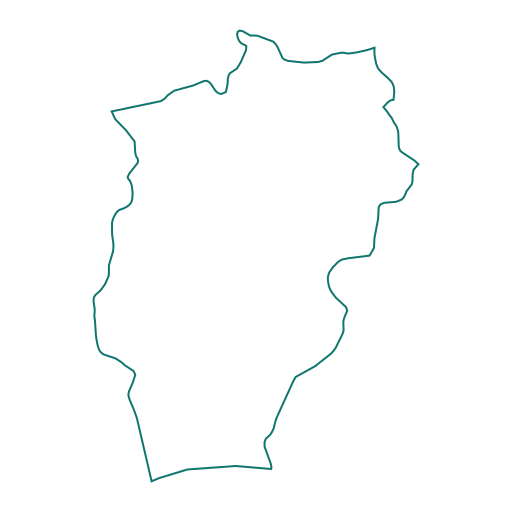 Övörhangay, Albers equal-area conic projection
{"feature_id": "MNG-3327", "entity_name": "Övörhangay", "entity_type": "Province", "adm_level": 1, "iso_a3": "MNG", "parent_name": "Mongolia", "parent_adm1": "", "projection": "albers", "projection_center": [102.848, 45.744], "detail": "fine", "context": "isolated", "style": "outline", "palette": "teal", "viewbox_px": 512, "rotation_deg": 0, "n_neighbors": 0, "source": "natural_earth", "source_scale": "10m", "svg_char_len": 2673}
<svg xmlns="http://www.w3.org/2000/svg" viewBox="0 0 512 512"><path d="M374.5,47.7L374.4,52.2L374.6,55.7L376.1,63.5L377.7,67.6L378.7,69.3L382.2,73.0L387.9,78.0L391.5,81.8L392.5,83.5L393.3,85.4L393.9,87.5L394.2,90.5L394.1,93.9L393.5,99.8L391.0,100.2L389.3,101.1L387.2,103.0L383.4,107.1L387.0,111.5L390.0,115.8L391.7,117.9L393.7,122.1L396.2,125.8L397.2,128.3L398.0,130.8L398.3,133.0L398.7,145.9L399.1,148.1L399.9,150.1L400.9,151.4L402.3,152.5L414.4,160.5L418.4,164.2L413.7,169.6L413.1,171.7L412.6,174.7L412.5,181.1L411.9,184.2L406.4,191.4L405.3,194.4L404.0,196.9L402.1,199.3L396.2,201.8L384.3,202.8L381.7,203.8L380.1,204.7L379.2,206.3L378.7,207.6L378.2,217.0L378.1,218.9L374.4,238.5L374.0,247.9L369.6,255.6L348.8,258.2L342.5,259.4L340.2,260.5L338.0,262.0L332.8,267.3L329.3,272.4L328.4,274.8L327.9,277.3L327.9,279.9L328.3,283.0L328.9,286.2L330.0,289.1L331.9,292.5L335.8,297.6L346.0,307.1L347.2,310.9L345.0,315.9L344.0,318.6L343.3,321.5L343.6,330.2L343.1,332.3L342.2,334.7L335.8,347.6L333.8,350.5L331.1,353.6L315.1,366.2L295.6,377.0L292.9,382.0L276.6,417.8L275.2,422.1L273.6,428.6L271.8,432.3L270.4,434.5L265.8,438.8L264.5,442.5L264.6,446.8L270.6,463.2L271.4,466.7L271.2,469.0L235.5,466.0L187.2,469.5L159.1,478.1L151.6,481.3L136.9,418.2L134.1,410.3L130.0,400.6L128.8,397.2L128.4,394.8L128.6,392.9L129.0,391.4L132.9,382.3L135.3,374.7L133.5,371.0L125.0,365.4L121.4,362.2L115.5,358.4L103.8,354.5L101.4,352.8L99.5,350.6L98.5,348.0L97.6,345.1L96.4,339.0L95.8,333.8L94.9,319.7L94.5,317.5L94.3,315.6L94.7,311.5L94.6,308.5L93.6,301.6L93.6,299.0L94.2,296.9L95.2,295.2L100.7,290.2L105.1,284.1L108.7,275.8L108.9,272.5L108.9,265.4L113.1,251.2L113.5,245.9L113.1,241.4L112.1,234.5L112.0,223.1L112.7,219.8L114.0,216.7L115.5,214.0L117.2,211.6L119.1,210.0L124.1,208.2L126.9,206.7L129.4,204.8L131.1,202.6L131.8,200.9L132.3,198.5L132.6,193.0L131.9,186.1L131.0,183.1L129.9,180.7L128.6,179.4L127.6,177.0L129.4,173.4L137.6,163.0L138.1,160.7L137.6,158.7L136.4,156.8L135.6,154.5L135.2,152.2L134.6,141.5L126.2,130.5L116.0,120.0L114.8,118.3L111.7,111.4L161.0,101.1L165.2,98.2L167.7,95.3L174.2,90.7L193.2,85.5L204.0,81.0L206.5,80.8L208.7,81.7L211.0,84.0L214.7,89.7L216.4,91.7L218.7,93.4L221.1,94.0L225.9,92.0L227.5,84.5L227.9,78.0L228.8,75.2L229.8,73.3L236.9,68.6L240.6,62.5L246.0,50.2L246.3,46.2L244.9,45.0L242.9,44.2L241.0,43.1L239.5,41.4L238.3,39.2L237.4,36.6L237.1,34.0L237.8,31.8L239.3,30.7L241.7,30.9L242.9,31.3L250.3,35.5L255.2,35.5L257.6,35.8L273.2,41.6L275.7,44.2L277.6,47.2L282.5,58.0L284.5,59.6L288.0,60.9L304.1,62.6L318.1,62.0L322.4,60.8L331.9,54.6L338.5,53.2L341.7,52.7L343.8,52.8L346.9,53.4L349.0,53.5L356.8,52.4L367.8,49.9L374.5,47.7Z" fill="none" stroke="#0f766e" stroke-width="2"/></svg>